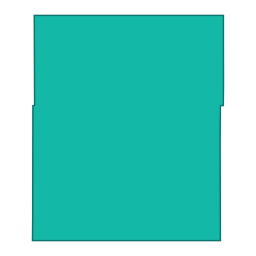 outline of Osage, Kansas, United States of America
{"feature_id": "52423323B63227150255975", "entity_name": "Osage", "entity_type": "district", "adm_level": 2, "iso_a3": "USA", "parent_name": "United States of America", "parent_adm1": "Kansas", "projection": "robinson", "projection_center": [-95.723, 38.652], "detail": "fine", "context": "isolated", "style": "filled", "palette": "teal", "viewbox_px": 256, "rotation_deg": 0, "n_neighbors": 0, "source": "geoboundaries", "source_scale": "gbopen_adm2", "svg_char_len": 299}
<svg xmlns="http://www.w3.org/2000/svg" viewBox="0 0 256 256"><path d="M32.5,240.6L220.4,240.6L220.1,142.9L220.4,105.6L223.3,105.6L223.5,83.1L223.4,38.1L223.4,15.4L146.2,15.4L34.3,15.4L34.5,83.0L34.6,105.6L32.9,105.6L32.7,218.0L32.5,240.6Z" fill="#14b8a6" stroke="#0f766e" stroke-width="1.5"/></svg>